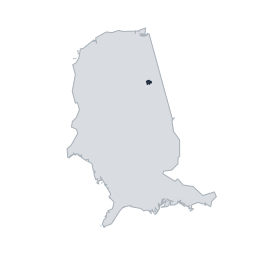 location of Petroleum, Montana, United States of America, rotated 74°
{"feature_id": "52423323B42061541752", "entity_name": "Petroleum", "entity_type": "district", "adm_level": 2, "iso_a3": "USA", "parent_name": "United States of America", "parent_adm1": "Montana", "projection": "albers", "projection_center": [-107.962, 47.174], "detail": "fine", "context": "in_parent", "style": "filled", "palette": "slate", "viewbox_px": 256, "rotation_deg": 74, "n_neighbors": 0, "source": "geoboundaries", "source_scale": "gbopen_adm2", "svg_char_len": 4231}
<svg xmlns="http://www.w3.org/2000/svg" viewBox="0 0 256 256"><g transform="rotate(74 128 128)"><path d="M202.1,81.7L213.5,74.7L213.3,62.7L218.4,62.0L221.6,67.8L226.3,70.2L222.6,74.1L222.9,75.3L221.5,74.3L221.6,77.2L218.9,80.7L219.4,87.8L222.7,89.2L223.9,88.2L223.0,87.3L223.7,87.6L224.5,88.7L220.9,91.6L219.5,90.7L220.0,92.7L215.6,95.4L213.1,99.4L212.9,97.9L212.1,97.2L212.6,100.8L213.9,100.9L214.8,103.8L213.9,108.4L210.4,107.4L211.0,104.5L209.9,106.8L211.6,108.9L213.3,109.8L214.2,111.3L213.4,118.3L212.9,114.4L209.0,112.1L209.1,107.8L207.1,109.9L210.2,114.8L207.2,114.2L206.4,114.7L206.5,112.8L206.2,112.3L206.0,113.9L206.4,115.1L210.8,115.6L210.4,116.9L208.0,115.7L207.3,115.6L210.2,117.0L211.3,117.1L211.3,118.6L209.8,118.0L212.4,119.3L212.1,119.8L210.8,119.1L208.3,119.6L211.9,120.3L213.7,119.5L217.5,123.6L214.3,120.5L215.9,122.7L212.3,123.7L215.7,125.0L216.6,123.8L216.0,126.7L212.4,127.3L214.9,127.6L213.6,129.4L216.0,129.3L212.5,131.4L212.0,135.7L208.8,138.0L204.4,147.0L203.3,146.6L202.8,153.5L203.0,155.0L205.7,159.1L215.6,170.4L216.2,178.0L213.6,179.3L209.7,176.6L208.1,173.7L203.1,171.4L203.8,169.3L202.0,170.0L201.3,165.1L195.4,161.9L188.9,165.2L186.9,162.8L180.1,164.4L180.7,163.1L179.8,164.5L176.8,165.8L176.3,163.7L176.1,165.4L166.9,168.0L171.1,168.2L170.2,170.4L173.7,171.6L172.4,173.0L168.5,171.3L168.7,173.3L163.8,173.5L160.7,171.5L159.4,173.1L152.2,172.5L148.7,176.0L149.6,175.0L147.3,174.7L146.8,178.3L142.9,181.2L143.8,180.3L141.0,180.4L142.1,181.4L139.0,183.4L138.3,187.3L136.7,186.9L138.1,187.8L138.8,191.2L140.5,193.1L139.6,194.0L131.2,192.3L128.9,187.4L119.6,178.0L115.3,177.7L111.5,182.1L106.3,179.6L103.9,175.0L97.1,169.6L89.6,169.6L89.6,171.7L77.4,171.5L62.2,163.9L52.0,163.7L51.0,159.9L47.2,156.0L38.9,152.0L39.2,149.4L34.0,136.7L34.5,135.5L35.6,137.3L35.1,134.6L38.2,134.9L32.5,134.2L29.7,122.5L31.9,116.9L31.6,110.1L33.8,106.2L36.9,94.3L39.4,95.1L36.7,93.9L38.1,90.8L37.1,90.7L36.8,83.5L42.7,85.9L40.8,89.3L43.3,87.1L42.5,90.0L40.9,90.5L42.0,90.8L43.3,89.8L44.3,86.8L43.4,81.8L131.5,82.9L131.2,81.1L133.4,83.8L143.9,85.2L153.6,81.7L169.4,86.1L170.6,88.1L176.4,90.0L180.5,97.7L179.3,105.5L181.6,107.1L192.2,97.5L190.6,94.6L191.5,93.7L198.0,90.8L202.1,81.7ZM217.6,96.0L219.4,94.7L213.2,100.0L218.0,94.9L217.6,96.0ZM43.4,84.8L43.8,86.9L43.7,87.1L42.9,85.5L43.4,84.8ZM140.3,192.5L138.8,189.6L138.6,187.9L139.0,189.7L140.3,192.5ZM223.2,74.0L223.6,74.9L223.2,74.9L223.2,74.0ZM161.0,172.4L161.3,173.1L160.4,172.7L161.0,172.4ZM41.8,155.4L42.9,155.2L42.9,155.3L41.8,155.4ZM40.8,155.0L40.3,155.4L40.0,154.9L40.8,155.0ZM222.8,90.8L222.5,91.7L222.3,91.6L222.8,90.8ZM139.0,186.2L138.6,187.7L139.7,184.8L139.0,186.2ZM212.5,166.6L214.4,168.9L212.2,166.4L212.5,166.6ZM46.6,158.5L47.0,159.3L46.6,158.6L46.6,158.5ZM216.8,178.2L216.2,179.3L217.0,177.1L216.8,178.2ZM218.4,125.1L218.1,126.5L217.7,123.7L218.4,125.1ZM42.8,83.1L42.7,83.6L42.4,83.3L42.8,83.1ZM142.2,182.0L140.8,182.8L142.2,181.8L142.2,182.0ZM224.8,90.1L225.1,90.8L224.4,90.9L224.8,90.1ZM46.3,160.6L46.6,161.6L46.2,160.7L46.3,160.6ZM140.5,183.4L139.9,183.8L140.4,183.2L140.5,183.4ZM214.3,112.5L214.0,114.3L214.2,112.0L214.3,112.5ZM148.3,176.7L147.5,177.4L148.7,176.2L148.3,176.7ZM203.2,154.1L203.4,155.3L203.0,154.5L203.2,154.1ZM216.4,129.4L216.1,129.7L216.7,128.5L216.4,129.4ZM191.3,164.2L190.3,165.1L189.8,165.1L191.3,164.2ZM176.4,165.7L176.2,166.0L175.5,166.1L176.4,165.7ZM206.9,174.2L207.3,174.9L206.6,174.1L206.9,174.2ZM173.8,168.1L173.8,168.8L173.4,167.6L173.8,168.1ZM214.8,180.9L214.2,181.3L215.0,180.7L214.8,180.9ZM214.8,104.3L214.7,105.2L214.8,104.0L214.8,104.3ZM217.5,126.9L217.2,127.4L217.5,126.9Z" fill="#d9dde1" stroke="#a8b0b8" stroke-width="1"/><path d="M90.8,93.8L90.8,93.6L90.8,93.4L90.8,93.2L90.7,93.2L90.3,93.1L90.1,93.1L89.9,93.1L89.7,93.1L89.5,93.4L89.5,94.5L89.4,94.5L89.0,94.5L88.6,94.5L88.2,94.7L88.2,95.1L88.1,95.5L88.5,95.5L88.5,96.8L88.4,96.8L88.4,97.2L91.1,97.2L91.0,96.8L90.9,96.7L90.7,96.6L90.8,96.5L90.8,96.4L90.8,96.2L90.9,95.9L90.8,95.7L90.7,95.6L90.8,95.5L90.7,95.5L90.7,95.4L90.8,95.4L90.8,95.5L90.8,95.4L90.7,95.4L90.7,95.2L90.8,95.2L90.7,95.1L90.8,95.1L90.7,95.0L90.7,94.9L90.7,94.7L90.7,94.4L90.8,94.4L90.7,94.4L90.7,94.2L90.8,94.2L90.8,93.9L90.8,93.8Z" fill="#64748b" stroke="#1e293b" stroke-width="1.5"/></g></svg>